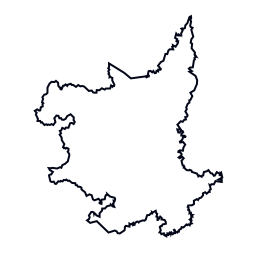 Lombardia, Bergamo, Italy, rotated 268°
{"feature_id": "23120603B71310509030930", "entity_name": "Lombardia", "entity_type": "district", "adm_level": 2, "iso_a3": "ITA", "parent_name": "Italy", "parent_adm1": "Bergamo", "projection": "natural_earth1", "projection_center": [9.792, 45.657], "detail": "fine", "context": "isolated", "style": "outline", "palette": "ink", "viewbox_px": 256, "rotation_deg": 268, "n_neighbors": 0, "source": "geoboundaries", "source_scale": "gbopen_adm2", "svg_char_len": 5745}
<svg xmlns="http://www.w3.org/2000/svg" viewBox="0 0 256 256"><g transform="rotate(268 128 128)"><path d="M70.8,219.8L74.0,219.9L73.2,218.3L73.5,217.0L75.3,220.5L80.2,219.5L79.0,218.0L80.8,215.2L77.4,213.1L77.2,212.2L79.6,210.6L79.9,209.1L83.1,206.9L82.0,205.3L81.4,202.3L78.0,201.5L77.8,200.5L76.7,200.0L78.0,197.5L77.2,196.6L80.0,195.4L81.9,190.3L83.3,189.9L84.0,188.2L83.6,187.9L83.8,185.3L85.9,183.1L86.9,183.0L86.7,182.3L88.5,182.4L88.8,181.3L93.3,180.3L95.8,182.6L97.2,181.4L96.0,178.6L96.8,177.6L98.6,180.2L99.9,180.7L101.7,179.5L102.2,177.5L103.0,177.6L103.9,179.1L103.4,182.1L106.5,182.7L109.4,184.6L112.0,182.7L111.7,179.6L112.6,179.4L114.2,181.7L116.8,182.7L117.0,184.9L117.5,185.1L118.3,184.3L118.6,181.0L120.4,181.2L121.8,183.0L123.0,182.5L123.3,181.1L121.6,179.3L121.8,178.1L124.9,177.2L124.6,180.7L129.6,177.5L132.9,181.0L132.3,182.9L134.2,184.5L134.5,186.2L136.9,185.6L137.4,187.5L138.7,188.0L142.5,185.9L144.7,187.4L146.5,186.9L149.9,188.4L151.3,190.3L153.5,190.2L153.8,191.3L157.6,193.4L161.1,191.6L163.3,195.5L169.6,198.4L173.4,198.8L177.7,197.3L182.1,191.4L182.7,193.7L185.1,190.9L186.2,192.0L186.4,194.9L193.2,196.2L194.2,197.2L195.5,196.8L196.3,198.0L197.9,197.5L197.4,198.4L199.3,197.3L201.2,197.5L205.3,194.4L210.0,195.0L211.0,193.6L214.4,194.4L217.0,196.4L224.0,194.7L225.9,196.0L226.8,194.2L228.1,193.7L232.3,194.8L233.8,194.0L235.6,195.0L237.5,194.8L236.7,193.3L230.7,191.0L228.6,188.9L226.0,188.4L225.2,187.0L225.7,185.9L225.4,184.8L223.5,186.0L220.6,184.4L218.5,184.5L218.6,183.0L219.6,182.1L218.7,181.7L218.8,180.9L220.7,179.5L216.4,178.2L215.0,180.3L213.1,179.4L212.5,180.1L212.8,181.1L211.0,180.8L207.6,178.4L209.2,175.8L207.9,175.9L207.6,175.0L205.0,175.9L205.2,172.4L204.2,171.2L200.5,169.8L200.7,168.0L194.0,165.8L192.7,163.1L189.2,160.2L185.8,162.9L185.1,162.5L185.3,160.2L183.5,160.1L184.1,158.5L182.0,157.7L181.9,156.6L184.1,155.3L182.8,154.1L184.3,152.5L184.1,150.6L180.3,149.6L179.6,150.7L178.8,150.5L179.2,148.4L177.3,148.6L179.0,147.6L177.5,132.6L183.3,126.1L193.2,111.3L189.6,111.2L188.4,110.3L187.0,111.5L185.4,110.3L183.6,111.0L182.8,110.4L181.0,111.5L179.3,111.3L179.6,112.2L178.6,114.1L176.2,113.9L171.7,115.9L170.4,115.5L170.5,114.2L169.8,113.8L171.1,112.6L168.1,111.5L168.2,107.2L167.2,106.1L168.6,103.2L166.7,100.7L167.0,98.1L164.4,97.7L164.4,96.4L164.7,94.5L166.7,93.1L166.4,90.2L170.9,85.7L171.6,83.7L171.3,81.8L172.7,79.7L170.9,77.5L173.0,74.6L172.9,73.4L174.2,72.3L173.4,69.4L172.2,68.7L173.7,67.1L172.6,65.9L172.6,64.7L168.9,62.9L169.2,61.9L170.7,62.0L170.8,61.1L172.7,59.8L175.7,59.7L177.6,57.6L176.5,56.2L176.8,53.2L175.2,51.2L171.3,49.0L165.9,48.7L164.6,47.3L164.2,45.4L161.7,43.5L160.1,44.1L156.7,43.0L155.7,44.2L154.8,43.4L152.5,43.5L151.8,41.6L148.7,40.9L148.5,39.7L149.8,37.9L148.4,35.5L146.4,37.2L144.7,36.4L140.3,38.3L138.2,37.8L138.1,40.5L136.5,41.2L136.8,42.2L133.9,44.6L134.6,46.3L133.8,47.5L134.3,48.3L133.8,50.2L134.6,51.8L133.6,53.4L136.5,55.7L140.3,54.7L142.9,56.9L142.6,58.9L140.1,59.8L140.2,61.4L138.7,62.2L138.4,64.0L139.3,65.9L142.1,67.8L143.7,71.1L140.5,74.2L137.7,73.9L135.9,75.0L133.9,73.8L135.1,72.0L134.7,70.3L130.3,68.5L130.6,65.9L129.2,64.9L130.4,62.3L128.0,61.2L127.5,59.8L125.1,60.9L123.7,59.5L120.9,61.3L118.2,61.4L114.1,63.8L111.1,62.4L110.1,63.3L110.4,64.0L109.6,64.9L110.3,65.9L109.4,67.8L107.5,67.7L106.5,66.9L104.0,68.4L102.3,68.3L96.8,66.7L94.5,64.0L93.2,61.1L90.6,60.0L91.2,58.8L90.0,55.8L90.8,51.1L90.6,50.1L89.8,49.8L90.5,49.7L90.7,47.4L88.6,48.5L86.8,51.4L84.3,49.7L84.0,47.9L83.3,47.4L77.4,48.6L76.7,50.0L77.0,51.9L74.7,53.3L74.7,54.3L77.2,56.5L76.8,58.2L77.5,59.0L76.9,60.7L78.3,61.9L78.0,63.8L78.6,64.6L77.2,66.3L77.5,67.4L75.0,70.3L74.7,73.4L72.8,73.8L72.5,75.2L71.2,75.8L70.7,78.5L69.9,79.4L68.2,79.4L65.3,82.8L61.6,84.2L63.0,87.1L62.1,89.3L57.9,90.5L56.9,92.0L58.3,96.1L55.4,98.3L57.3,99.2L57.6,102.3L60.7,103.0L61.9,103.8L61.9,105.0L62.8,104.9L60.2,107.5L58.7,112.2L57.5,112.7L55.7,112.2L56.0,111.1L53.8,111.3L52.9,110.3L49.7,111.5L50.2,109.9L52.2,108.0L51.3,107.8L50.6,104.4L48.3,102.0L48.4,99.4L46.4,99.2L43.7,96.6L40.3,96.5L41.8,93.4L43.4,92.4L44.0,91.3L43.5,91.1L44.7,90.9L45.4,89.7L45.3,88.3L41.9,85.9L40.2,86.6L38.4,85.9L37.1,83.9L34.5,86.9L36.0,93.5L24.2,104.9L26.0,111.2L25.0,113.1L23.3,114.0L22.9,116.1L25.9,121.0L29.5,121.6L30.3,122.5L29.4,126.0L32.4,126.1L31.5,127.5L32.9,129.8L30.7,129.7L31.0,131.2L32.4,131.4L34.0,133.3L34.1,134.4L33.2,135.4L34.1,136.2L35.2,139.8L34.8,141.1L35.8,142.5L40.2,144.1L40.3,146.3L41.9,147.9L41.7,149.1L43.1,149.0L42.6,149.6L44.3,152.8L42.0,153.2L41.2,154.2L38.5,153.3L38.2,154.4L35.1,154.3L35.2,155.0L38.3,157.1L36.8,158.6L35.5,158.3L34.8,161.4L32.9,162.4L31.0,162.5L30.4,159.2L28.6,158.2L28.8,157.1L27.8,156.3L24.6,157.2L22.6,155.9L22.5,156.7L20.7,157.7L21.5,160.1L19.7,160.4L18.5,162.5L19.9,162.5L19.7,164.1L21.3,163.8L21.1,165.6L21.9,166.0L21.3,166.6L20.4,166.0L20.5,166.7L22.9,167.2L20.8,167.4L21.9,167.9L20.4,169.1L22.2,170.8L20.5,171.3L22.1,171.6L24.5,170.4L24.7,170.9L22.6,172.0L21.8,173.7L22.9,174.3L22.7,175.2L24.6,175.7L25.5,177.7L27.1,178.1L26.7,180.0L29.5,183.0L28.8,183.8L29.6,184.9L28.6,186.3L29.9,186.8L30.4,188.4L31.6,187.3L33.0,188.2L34.3,186.5L35.5,188.0L37.3,188.1L37.1,189.2L38.4,188.8L38.9,189.5L39.3,187.9L41.0,187.9L40.7,186.7L42.0,187.3L41.4,186.6L42.7,186.6L42.7,185.6L43.0,186.3L44.1,186.1L44.2,185.3L46.0,185.8L47.5,184.4L47.1,185.0L48.4,185.4L48.6,189.4L49.7,191.3L53.0,191.3L54.5,194.3L53.6,195.5L55.3,196.7L55.9,198.7L58.2,200.7L60.1,200.6L61.1,202.9L59.6,204.3L61.3,206.4L61.3,207.4L63.0,207.3L64.0,208.6L67.9,207.7L67.5,208.2L68.9,209.3L68.7,211.8L71.9,213.6L70.8,219.8ZM77.6,218.5L77.8,218.0L78.5,218.2L77.6,218.5ZM54.3,97.0L53.8,97.0L53.1,98.8L54.5,99.0L54.3,97.0ZM33.8,188.7L34.0,188.3L33.9,187.8L33.8,188.7Z" fill="none" stroke="#020617" stroke-width="2"/></g></svg>